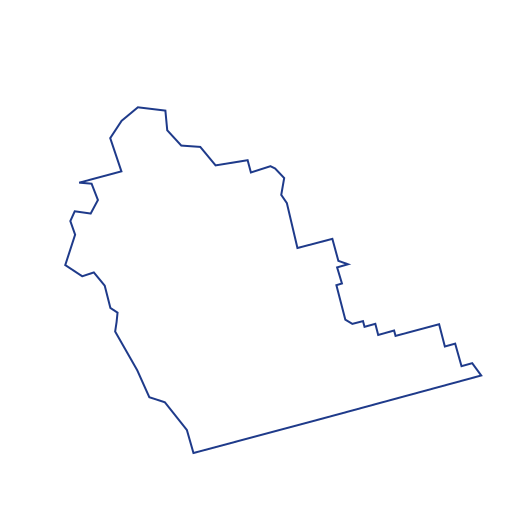 the district of Ouray, Colorado, United States of America, rotated 165°
{"feature_id": "52423323B10602944560492", "entity_name": "Ouray", "entity_type": "district", "adm_level": 2, "iso_a3": "USA", "parent_name": "United States of America", "parent_adm1": "Colorado", "projection": "equal_earth", "projection_center": [-107.791, 38.112], "detail": "fine", "context": "isolated", "style": "outline", "palette": "blue", "viewbox_px": 512, "rotation_deg": 165, "n_neighbors": 0, "source": "geoboundaries", "source_scale": "gbopen_adm2", "svg_char_len": 863}
<svg xmlns="http://www.w3.org/2000/svg" viewBox="0 0 512 512"><g transform="rotate(165 256 256)"><path d="M305.9,419.9L331.6,430.2L350.8,421.4L366.3,407.6L364.1,372.6L407.8,372.6L396.1,368.4L394.2,351.0L404.7,339.8L419.5,346.1L426.3,337.8L425.2,323.4L442.6,296.6L429.1,281.4L416.9,282.1L409.8,266.5L410.1,243.5L404.4,237.1L407.8,228.2L411.6,219.5L400.3,176.4L395.6,147.2L381.9,138.3L367.8,105.8L367.4,81.9L228.9,81.8L69.4,82.3L74.9,96.5L86.0,96.4L86.3,119.8L97.0,119.7L96.8,142.7L141.9,142.7L141.9,148.3L158.4,148.1L158.3,159.6L169.5,159.5L169.5,165.4L180.5,165.5L186.2,171.4L185.9,207.0L180.1,207.2L180.6,224.0L169.3,224.2L177.7,230.0L177.8,252.8L213.9,253.0L212.5,299.1L215.8,308.5L208.6,324.0L214.9,335.6L218.8,339.0L239.3,338.0L239.3,350.7L271.6,354.0L281.6,375.8L299.6,382.0L309.2,400.4L305.9,419.9Z" fill="none" stroke="#1e3a8a" stroke-width="2"/></g></svg>